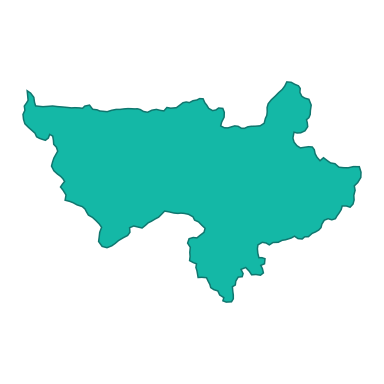 the district of Itambé do Mato Dentro, Minas Gerais, Brazil
{"feature_id": "56859067B50923424143790", "entity_name": "Itambé do Mato Dentro", "entity_type": "district", "adm_level": 2, "iso_a3": "BRA", "parent_name": "Brazil", "parent_adm1": "Minas Gerais", "projection": "orthographic", "projection_center": [-43.352, -19.41], "detail": "fine", "context": "isolated", "style": "filled", "palette": "teal", "viewbox_px": 384, "rotation_deg": 0, "n_neighbors": 0, "source": "geoboundaries", "source_scale": "gbopen_adm2", "svg_char_len": 3558}
<svg xmlns="http://www.w3.org/2000/svg" viewBox="0 0 384 384"><path d="M350.1,207.2L353.0,204.1L354.1,200.0L353.8,195.4L355.1,190.3L354.3,185.9L357.7,182.6L360.8,177.5L361.0,172.2L359.3,166.7L353.4,166.6L348.2,167.8L343.5,167.7L338.9,167.2L335.0,163.7L330.5,162.9L327.4,160.7L323.5,157.7L320.0,160.7L316.9,157.1L315.1,153.7L314.3,149.7L312.3,147.0L308.7,146.7L305.0,147.2L300.4,147.9L296.9,145.7L294.1,142.2L292.9,138.1L294.0,132.2L297.1,133.0L300.7,132.8L305.0,130.8L307.7,126.7L307.3,122.9L306.5,119.7L308.9,117.7L310.2,114.5L310.4,110.5L311.2,105.1L308.9,99.3L304.7,98.1L301.8,96.3L299.9,92.4L300.2,88.4L298.4,85.8L295.0,84.4L291.2,82.3L286.8,81.9L284.8,86.0L282.2,89.5L278.6,92.7L275.3,96.1L271.3,99.8L268.2,103.7L267.1,107.5L267.2,112.0L266.8,115.4L265.4,118.4L264.2,123.2L260.2,125.8L255.3,126.2L251.1,126.3L247.8,126.8L244.6,128.3L241.5,128.3L238.1,126.3L234.7,125.9L231.5,126.8L228.0,127.9L224.4,127.8L220.7,125.9L221.7,122.0L224.1,117.2L224.3,112.3L222.8,108.4L218.6,108.0L215.9,110.0L212.6,110.6L208.7,108.4L206.7,105.1L204.8,102.7L203.1,98.8L199.6,98.6L196.9,100.0L193.0,100.7L189.4,102.6L186.2,102.0L183.0,102.7L179.6,105.3L176.4,107.7L170.7,108.2L166.9,107.5L163.9,110.9L160.4,110.4L156.4,109.4L151.9,110.2L147.5,112.3L143.3,111.4L140.4,109.6L137.6,108.8L134.5,108.9L131.1,108.7L127.9,108.6L124.0,108.9L120.1,109.4L116.2,109.4L111.6,110.3L107.2,111.7L103.2,111.3L99.8,111.0L97.0,109.8L92.7,109.3L89.5,105.1L84.8,106.1L82.5,108.3L79.4,107.9L74.9,107.7L71.4,107.9L67.9,107.5L62.7,107.0L57.5,106.6L52.6,106.0L47.3,106.4L43.0,106.7L39.9,106.4L35.6,105.9L34.5,102.3L33.8,97.3L30.6,93.1L27.2,90.8L27.7,96.1L28.1,100.3L26.5,103.0L24.3,106.1L24.9,110.3L23.0,114.4L23.5,119.2L24.9,123.8L28.5,127.4L32.0,130.5L35.0,133.2L36.6,136.8L39.4,138.3L42.2,139.3L45.4,140.3L48.3,138.1L49.7,134.4L52.7,136.1L53.4,140.2L53.7,144.3L56.4,147.2L57.7,151.2L55.8,154.6L53.9,158.0L52.6,161.9L51.5,166.1L53.9,170.8L57.4,174.0L60.7,176.4L62.9,178.7L64.6,181.5L62.6,183.9L60.5,187.0L63.1,190.3L66.0,195.0L65.1,200.2L69.7,201.4L73.1,202.7L77.1,204.9L82.3,206.6L85.0,209.0L86.5,211.9L88.4,215.1L92.5,217.4L96.0,220.6L99.2,223.9L101.6,227.3L99.7,232.4L99.2,237.0L98.6,241.5L102.1,246.4L107.0,247.7L111.8,245.8L115.2,243.4L118.6,240.5L123.7,237.5L127.6,235.5L129.9,232.3L129.6,227.7L133.7,226.0L137.9,227.0L142.1,228.0L145.6,225.2L148.2,222.8L151.3,221.3L155.1,219.0L158.6,217.2L161.5,214.3L164.6,211.1L169.3,211.9L173.8,213.0L177.8,213.4L180.9,213.1L184.2,213.4L188.5,214.3L193.0,216.8L194.6,220.1L198.6,221.9L202.0,225.4L205.1,228.3L204.0,232.3L200.1,235.3L196.9,237.9L193.2,237.5L189.1,238.7L187.6,243.1L190.3,247.3L189.8,252.4L190.1,256.5L189.6,260.6L193.3,262.6L196.5,263.8L195.9,267.5L196.9,270.5L197.6,274.5L198.1,277.5L201.7,277.3L206.5,277.7L208.2,281.3L209.9,284.5L210.7,287.6L213.9,289.7L217.8,290.9L219.7,295.0L223.8,297.6L222.9,300.8L226.2,302.1L231.5,301.8L233.3,298.8L233.3,295.0L232.8,291.4L232.4,286.7L235.3,285.0L235.8,281.1L238.2,277.1L242.2,276.7L243.1,273.6L241.0,269.4L245.7,267.5L249.4,271.4L251.6,274.8L255.9,274.5L260.5,275.2L263.4,272.9L262.4,268.6L260.8,265.4L264.5,263.8L265.0,258.7L262.0,257.7L258.9,257.7L257.8,253.2L257.4,248.7L257.9,244.9L262.3,242.3L266.1,243.0L269.3,244.9L273.0,242.5L278.2,242.3L282.2,240.3L285.4,239.8L288.4,238.9L291.2,238.0L294.5,236.2L298.0,238.6L302.2,239.0L304.7,236.8L308.4,236.7L312.1,233.4L315.6,231.9L318.8,230.0L321.0,227.6L321.9,224.1L324.3,220.2L328.1,218.7L331.8,219.8L335.4,218.7L337.0,215.9L339.1,213.0L341.2,209.6L342.2,206.0L346.4,206.0L350.1,207.2Z" fill="#14b8a6" stroke="#0f766e" stroke-width="1.5"/></svg>